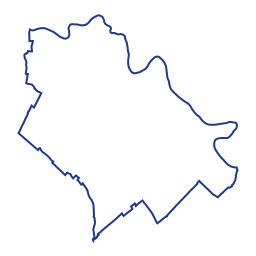 Radauti-Prut, Botosani, Romania (Albers equal-area conic projection)
{"feature_id": "2599482B66408843515913", "entity_name": "Radauti-Prut", "entity_type": "district", "adm_level": 2, "iso_a3": "ROU", "parent_name": "Romania", "parent_adm1": "Botosani", "projection": "albers", "projection_center": [26.824, 48.199], "detail": "fine", "context": "isolated", "style": "outline", "palette": "blue", "viewbox_px": 256, "rotation_deg": 0, "n_neighbors": 0, "source": "geoboundaries", "source_scale": "gbopen_adm2", "svg_char_len": 5583}
<svg xmlns="http://www.w3.org/2000/svg" viewBox="0 0 256 256"><path d="M93.3,240.6L93.4,239.9L97.0,237.4L97.1,236.5L98.7,234.9L97.9,234.1L102.8,230.0L104.7,228.2L105.2,227.8L105.5,227.6L110.8,223.2L111.4,222.8L114.8,219.9L120.5,214.7L121.9,213.4L123.6,216.0L126.9,213.2L131.2,210.0L132.3,209.1L132.4,208.8L131.5,207.1L131.2,206.7L131.1,206.4L134.8,203.5L134.9,203.8L135.3,204.6L135.6,205.1L135.9,206.0L136.4,205.6L136.3,205.2L142.4,200.5L143.3,201.6L143.9,202.5L145.0,203.7L150.8,211.4L152.4,213.8L154.7,218.3L155.9,220.9L157.3,223.3L161.2,220.5L161.2,220.2L165.9,216.5L166.2,216.3L166.5,216.6L166.8,216.5L167.0,216.3L166.9,215.9L167.2,215.4L175.9,205.9L183.9,197.6L187.6,193.8L189.8,191.3L193.0,188.2L197.4,183.7L197.4,182.8L198.7,181.4L199.3,180.9L199.9,181.7L210.4,191.8L212.8,194.2L214.4,195.2L216.5,196.4L217.9,197.3L222.1,193.0L223.0,192.6L223.2,192.1L228.2,187.5L228.9,187.8L229.5,187.7L230.2,187.4L232.1,186.2L232.1,185.9L231.7,185.7L232.0,185.2L233.3,183.9L233.9,183.1L234.3,182.1L234.5,181.5L235.3,180.2L235.7,178.0L235.9,176.6L235.7,175.8L236.2,174.2L236.6,172.5L237.5,170.1L237.1,169.3L236.9,168.8L236.7,168.3L236.7,167.4L235.5,167.4L234.5,167.4L231.8,166.7L230.9,166.4L230.1,165.9L229.3,165.5L228.3,164.9L226.3,163.1L224.3,160.9L223.3,159.7L221.7,158.2L219.9,156.1L218.6,154.2L217.2,152.3L215.5,149.7L215.0,148.6L214.6,147.6L214.3,146.2L214.2,144.7L214.3,143.1L214.6,141.6L214.8,140.9L215.0,140.4L216.3,139.2L218.0,138.5L219.4,138.2L221.4,138.0L222.9,138.0L225.8,138.1L227.5,137.9L228.1,137.7L229.1,137.1L229.9,136.3L230.4,135.8L230.9,135.1L232.0,133.9L233.0,132.5L233.7,131.1L235.6,129.2L236.5,128.0L236.8,126.6L236.9,125.5L236.8,124.5L236.5,123.4L236.1,123.0L235.1,122.7L232.4,122.2L231.3,122.0L229.7,121.9L225.9,123.1L221.7,123.7L220.4,123.8L218.7,124.2L216.0,124.6L212.7,124.8L208.8,124.6L207.7,124.3L206.0,123.5L204.1,122.2L203.1,121.5L201.4,119.5L199.4,116.7L198.9,116.3L197.9,115.7L197.0,115.1L195.3,113.4L193.1,110.5L192.0,109.0L191.1,107.4L190.4,106.1L189.9,105.4L188.8,104.2L188.4,103.8L185.9,102.2L184.1,101.1L182.4,99.8L178.9,97.2L177.3,95.7L176.2,94.6L173.8,92.4L172.3,90.7L171.3,89.5L170.7,88.6L170.5,88.1L169.8,86.1L168.9,82.0L168.8,80.9L168.6,80.4L167.9,79.0L167.5,78.0L166.8,72.8L166.3,68.6L166.2,68.0L166.1,67.5L166.2,67.0L165.4,64.8L164.7,63.3L163.9,61.9L163.0,60.6L162.1,59.6L159.0,56.9L158.0,56.6L156.5,56.6L154.9,57.2L154.2,57.8L151.2,60.6L149.6,62.6L148.9,63.6L148.5,64.4L148.0,65.5L146.5,67.8L146.0,68.5L144.5,69.5L140.8,71.6L139.7,72.1L138.7,72.4L137.0,72.8L134.8,73.4L133.7,73.1L132.4,72.6L131.7,72.1L130.9,71.2L130.3,70.3L129.1,67.8L128.9,67.5L128.3,64.8L128.2,64.0L128.2,60.7L128.3,59.0L128.5,57.9L128.7,56.0L128.8,55.1L128.8,54.4L128.6,53.3L128.3,52.1L128.0,50.9L127.8,49.6L127.5,46.8L126.8,42.8L126.3,41.5L125.1,38.5L125.1,37.9L125.1,37.1L124.9,36.3L124.1,35.5L123.2,34.9L122.0,34.3L120.8,34.1L120.1,34.1L118.4,34.4L117.8,34.4L117.2,34.2L114.7,33.0L113.6,33.0L112.7,33.1L112.0,33.0L111.2,32.8L110.6,32.3L110.3,31.9L110.2,31.3L110.4,30.3L110.9,29.0L111.0,28.6L110.9,28.0L110.7,27.3L110.3,26.8L109.8,26.5L108.8,25.9L107.8,25.6L106.8,25.0L106.3,24.7L105.5,24.0L104.8,23.1L104.3,22.1L104.2,21.5L104.1,20.5L103.6,19.2L103.0,17.9L102.4,17.0L101.9,16.6L99.9,15.5L99.3,15.4L98.2,15.4L97.7,15.5L96.1,16.2L95.6,16.5L93.9,17.4L92.0,18.7L91.3,19.4L90.6,20.1L89.4,21.8L88.6,22.6L87.2,23.9L86.3,24.5L84.9,25.0L83.4,25.3L82.3,25.3L80.2,25.2L78.4,24.7L77.2,24.5L76.1,24.4L74.9,24.4L73.2,24.2L72.0,24.2L70.9,24.4L70.4,24.6L70.0,25.0L69.1,26.6L68.5,28.1L69.0,30.7L69.1,31.9L69.2,33.0L69.3,35.2L69.1,35.8L68.9,36.2L68.4,37.2L67.5,37.8L66.0,38.6L63.9,38.5L62.0,37.6L61.2,37.4L59.8,36.7L58.9,35.9L57.6,35.0L56.6,34.2L54.6,32.7L53.5,32.0L50.9,30.8L49.5,30.1L46.2,28.8L45.2,28.4L44.1,28.2L43.0,28.1L41.0,28.2L38.8,28.6L37.7,28.9L34.4,30.1L33.4,30.4L32.7,30.4L32.1,30.3L31.1,30.0L30.0,29.5L29.5,31.0L29.2,33.0L29.5,41.1L32.9,41.0L32.4,43.8L32.1,44.3L32.0,45.1L31.6,45.8L31.5,46.7L32.0,51.2L32.0,51.4L31.5,51.4L30.8,51.4L27.9,51.1L27.8,52.2L27.7,52.6L27.2,52.9L27.0,53.1L26.9,53.1L26.7,53.4L26.5,53.2L26.3,53.2L26.1,53.4L25.3,54.0L24.6,54.4L24.4,55.0L24.4,55.3L24.8,58.6L25.2,59.0L26.1,60.7L26.4,62.1L26.3,63.6L26.1,64.2L26.1,65.0L26.3,66.2L26.6,67.4L26.3,69.9L25.8,73.6L25.8,73.9L26.0,74.1L26.3,74.2L27.8,74.1L27.6,75.3L26.8,79.9L26.2,83.2L26.6,83.4L28.1,83.9L31.8,84.6L32.2,84.8L32.4,85.0L32.9,85.7L33.9,86.7L34.3,87.3L34.4,87.5L34.4,88.3L34.5,88.6L35.2,88.8L36.5,90.5L37.1,90.8L37.5,91.1L37.9,91.5L38.4,91.6L41.3,93.1L34.0,107.6L33.7,107.5L32.9,106.6L31.6,105.6L29.1,111.0L28.6,111.6L28.3,111.7L27.8,112.3L28.0,112.9L27.7,114.2L27.2,115.3L25.6,118.3L25.5,118.7L23.5,123.2L22.8,124.4L18.9,132.6L18.5,133.0L19.2,133.8L20.1,134.5L38.0,150.1L38.5,149.3L39.1,148.4L39.7,148.1L40.0,148.0L40.6,149.4L41.2,150.4L41.9,151.4L43.1,152.5L45.9,154.4L47.7,156.0L49.1,157.3L51.2,160.0L53.3,161.8L52.3,162.8L65.2,175.1L67.0,172.8L67.3,172.7L67.8,173.0L68.5,173.4L70.3,174.1L70.6,174.3L70.9,174.7L71.2,175.8L73.1,178.3L76.0,175.5L77.5,176.8L79.0,177.9L77.7,179.5L77.4,180.0L77.5,180.1L77.8,180.3L78.7,181.1L80.5,183.7L81.1,184.4L81.6,185.1L81.7,185.5L81.7,185.1L81.9,184.6L82.4,184.0L82.8,183.4L83.1,183.9L86.2,188.2L87.2,190.2L87.6,190.9L88.1,193.3L88.6,195.1L89.8,197.8L91.3,199.6L91.6,200.2L93.4,204.1L94.0,214.7L94.0,215.8L93.8,216.1L93.8,216.4L93.8,216.5L93.6,216.8L93.6,217.0L94.1,217.4L94.3,217.6L94.5,218.1L95.0,221.6L94.8,224.0L93.5,228.5L93.3,229.3L93.5,230.6L93.6,231.5L93.9,233.2L93.9,234.3L94.2,235.1L94.5,237.1L94.5,237.6L94.1,238.5L93.9,238.4L93.3,238.5L93.2,238.7L93.1,239.2L92.9,239.5L92.9,240.0L93.3,240.6Z" fill="none" stroke="#1e3a8a" stroke-width="2"/></svg>